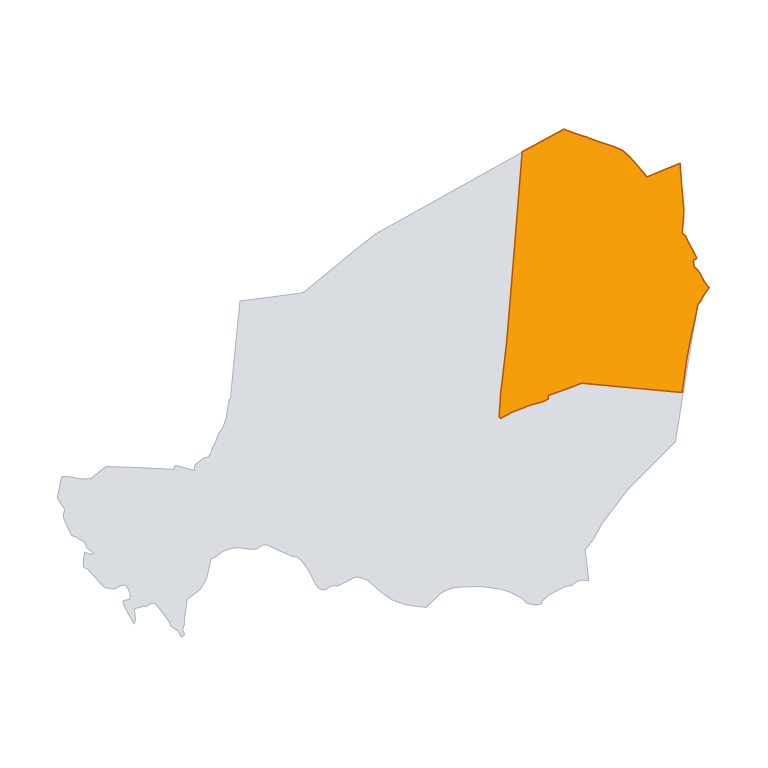 Bilma, Agadez, Niger shown in context, rotated 5°
{"feature_id": "23599985B30294266740058", "entity_name": "Bilma", "entity_type": "district", "adm_level": 2, "iso_a3": "NER", "parent_name": "Niger", "parent_adm1": "Agadez", "projection": "robinson", "projection_center": [13.432, 20.296], "detail": "fine", "context": "in_parent", "style": "filled", "palette": "amber", "viewbox_px": 768, "rotation_deg": 5, "n_neighbors": 0, "source": "geoboundaries", "source_scale": "gbopen_adm2", "svg_char_len": 4239}
<svg xmlns="http://www.w3.org/2000/svg" viewBox="0 0 768 768"><g transform="rotate(5 384 384)"><path d="M605.1,562.1L597.9,562.2L593.8,563.6L588.6,568.1L582.8,569.8L575.7,573.7L571.3,576.9L567.1,579.3L561.3,585.4L559.4,589.9L553.6,590.9L545.6,590.1L540.5,585.5L528.6,580.6L520.9,578.7L517.4,578.1L499.3,577.3L480.0,579.2L470.1,581.4L468.3,581.9L462.7,584.8L458.1,588.1L445.5,602.9L428.9,602.4L419.2,600.7L410.9,598.4L399.2,591.5L384.8,580.9L379.2,579.5L374.2,578.7L372.5,578.8L355.3,589.3L351.9,589.1L347.9,590.3L345.2,592.9L343.2,594.2L341.1,594.4L338.4,593.8L335.7,592.2L333.1,589.3L326.1,577.6L324.6,575.6L321.6,572.1L316.6,566.7L313.1,564.2L311.0,563.5L308.5,563.9L294.7,559.3L280.9,554.4L277.9,555.0L275.7,556.0L270.9,559.7L265.2,560.3L258.1,560.0L254.1,559.6L247.8,560.8L243.6,562.2L238.0,564.7L230.8,571.4L228.8,572.2L227.0,573.3L224.5,591.7L222.5,597.2L218.8,604.5L211.5,611.5L206.6,615.7L206.4,621.4L206.0,630.7L205.8,637.0L206.1,641.2L205.3,643.2L204.9,645.0L205.2,647.7L206.3,649.0L207.0,650.7L206.5,652.1L204.2,653.7L201.7,649.6L198.4,646.6L194.8,645.3L192.4,643.2L191.2,640.2L186.5,634.5L175.8,623.1L174.7,622.8L172.9,622.3L169.8,623.7L167.9,625.6L166.6,626.3L164.6,626.4L159.4,627.9L155.2,629.7L155.1,631.3L157.0,639.9L156.0,644.6L154.2,642.3L148.3,633.6L144.3,627.2L143.5,625.7L143.0,623.5L143.4,622.6L145.0,621.9L148.8,621.0L149.5,620.4L149.7,618.6L149.2,615.3L147.2,610.8L145.0,607.9L143.8,607.3L141.5,607.2L139.1,607.6L134.4,611.2L132.4,611.9L127.6,611.6L123.4,610.9L120.8,609.0L113.2,601.8L104.8,594.2L101.3,593.1L100.5,592.3L100.0,586.4L100.2,579.4L100.7,577.6L104.2,578.7L108.0,579.2L109.2,577.9L106.2,575.4L101.9,572.9L100.4,569.0L99.1,567.7L97.2,566.3L95.0,565.6L92.8,564.6L91.2,563.4L88.7,562.9L86.1,562.1L82.3,555.9L78.7,549.9L76.5,545.1L75.8,542.2L77.0,537.4L75.9,535.4L71.8,530.5L68.4,525.9L69.3,518.8L70.1,512.9L70.2,509.1L70.8,507.0L71.2,504.6L73.5,503.9L79.4,503.9L90.8,505.0L99.9,503.8L100.4,503.6L107.0,497.2L114.2,490.5L125.0,489.9L136.6,489.2L145.7,488.8L159.0,488.3L169.7,487.9L182.1,487.4L182.5,484.3L183.3,483.6L184.5,483.5L193.6,485.1L202.2,486.7L202.9,480.9L210.6,473.7L214.8,472.2L215.9,470.9L217.3,468.5L218.2,464.7L218.6,462.0L220.2,459.8L221.4,455.7L223.1,448.5L227.4,441.0L229.9,430.8L230.4,420.9L231.0,413.4L232.3,411.9L232.4,398.5L232.5,385.1L232.6,373.8L232.8,359.7L232.9,347.3L233.0,333.9L233.2,321.9L233.2,313.9L241.9,312.0L250.9,310.0L264.0,307.2L278.2,304.0L293.7,300.6L297.2,298.6L309.0,287.0L314.3,281.8L324.8,271.5L333.0,263.5L343.3,253.3L354.2,243.1L363.0,235.0L376.6,225.7L397.2,211.8L417.7,197.9L438.3,183.9L458.8,170.0L479.3,156.1L499.7,142.1L520.1,128.2L540.6,114.3L561.0,119.6L580.5,124.6L600.1,129.7L604.7,132.5L615.1,142.4L628.4,155.1L629.0,155.3L629.6,155.3L642.4,147.8L659.0,138.1L663.4,164.5L666.8,187.1L667.1,201.5L667.2,205.3L668.6,207.9L671.6,210.4L684.1,231.3L681.5,234.9L683.3,241.3L686.6,244.1L696.9,256.6L698.3,259.0L697.7,261.0L690.6,275.6L689.3,279.2L688.0,297.8L687.0,311.0L685.6,329.1L684.0,350.7L682.7,368.9L681.0,393.1L679.4,415.9L669.0,428.4L650.5,450.6L635.4,468.7L627.9,480.8L613.1,504.5L606.5,519.8L601.4,527.8L598.8,531.2L601.1,542.5L605.1,562.1Z" fill="#d9dde1" stroke="#a8b0b8" stroke-width="1"/><path d="M501.6,365.8L501.0,381.6L501.5,406.4L503.4,408.2L504.8,407.1L508.8,404.3L509.9,403.9L512.2,401.9L514.9,400.5L517.0,399.4L519.0,398.6L522.2,396.9L525.4,395.6L528.3,393.7L530.2,393.0L532.2,392.2L536.1,390.6L540.0,389.2L541.6,388.7L545.1,387.1L548.9,384.6L548.9,381.0L571.4,370.7L576.6,368.0L580.9,366.0L669.3,366.5L677.0,366.5L681.8,366.2L683.5,332.5L684.9,317.9L686.6,303.8L688.0,294.8L689.7,277.5L692.2,273.9L694.4,268.7L697.5,262.9L699.6,259.5L697.5,258.2L695.8,255.9L694.0,254.0L690.4,248.0L687.2,243.7L683.0,240.3L681.5,235.6L681.5,234.7L682.2,233.2L684.2,232.0L684.6,231.2L680.8,225.0L675.4,217.0L671.3,210.0L667.9,207.6L667.9,191.4L667.5,183.7L664.9,169.3L661.6,150.2L659.8,138.5L645.3,145.7L627.8,154.8L616.3,143.2L609.3,136.6L601.7,130.8L596.3,128.7L591.4,127.2L585.0,125.8L579.5,124.6L572.4,122.7L566.9,121.3L563.8,120.1L559.2,119.4L554.7,118.3L550.3,117.3L544.3,115.6L541.2,114.4L537.0,117.2L524.8,125.2L517.1,130.3L501.4,140.6L502.2,259.3L502.5,318.4L502.5,332.7L501.6,365.8Z" fill="#f59e0b" stroke="#b45309" stroke-width="1.5"/></g></svg>